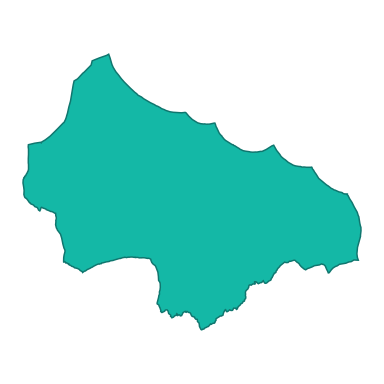 the district of Medina Yoroufoula, Kolda, Senegal
{"feature_id": "50182788B71056203552440", "entity_name": "Medina Yoroufoula", "entity_type": "district", "adm_level": 2, "iso_a3": "SEN", "parent_name": "Senegal", "parent_adm1": "Kolda", "projection": "natural_earth1", "projection_center": [-14.81, 13.235], "detail": "fine", "context": "isolated", "style": "filled", "palette": "teal", "viewbox_px": 384, "rotation_deg": 0, "n_neighbors": 0, "source": "geoboundaries", "source_scale": "gbopen_adm2", "svg_char_len": 5957}
<svg xmlns="http://www.w3.org/2000/svg" viewBox="0 0 384 384"><path d="M63.7,262.6L64.2,261.5L64.9,261.6L65.9,263.0L66.4,262.7L66.9,262.9L67.3,263.5L68.5,263.7L68.6,264.3L69.1,264.2L69.4,265.0L70.7,265.4L71.4,266.1L72.2,266.5L73.4,266.7L74.4,267.7L75.2,268.0L75.8,268.0L77.5,268.5L79.1,269.3L80.3,270.6L82.2,271.6L82.6,272.5L84.5,271.1L85.4,271.0L87.2,269.6L90.1,268.3L90.7,267.8L92.0,267.3L93.7,266.2L97.0,264.5L99.0,263.9L99.5,264.1L100.6,263.6L101.2,263.7L102.0,262.8L102.7,262.9L106.2,261.9L109.1,261.5L110.4,260.8L112.9,260.5L114.6,259.9L119.4,258.5L120.2,258.5L122.9,257.6L124.2,257.5L124.7,257.2L126.6,257.6L128.2,257.1L129.0,257.3L129.7,257.1L132.1,257.0L134.4,257.4L135.0,257.1L135.8,257.6L136.2,257.4L137.9,257.4L138.7,257.7L140.0,257.9L141.2,257.7L141.8,257.9L142.5,257.7L144.6,257.8L147.5,258.4L148.8,258.3L150.2,258.9L150.8,259.3L150.9,260.2L151.8,262.5L153.1,264.1L155.2,265.6L156.0,267.2L157.9,272.2L158.4,276.4L158.6,280.4L159.8,282.2L160.2,283.6L160.3,287.4L160.0,290.0L159.4,291.9L159.5,294.2L158.9,295.4L158.5,297.7L157.1,303.1L157.2,303.9L158.6,304.8L158.9,305.2L159.2,306.3L160.0,307.9L160.9,310.7L160.7,311.4L161.6,312.4L162.0,312.5L164.7,311.2L164.9,310.5L165.6,310.0L166.9,309.8L168.0,310.9L168.7,313.6L170.5,314.9L170.7,315.2L170.6,316.4L171.0,316.5L171.9,317.8L173.5,317.1L174.8,315.7L176.0,315.5L176.5,315.2L176.5,314.1L176.8,313.7L177.2,314.1L177.8,315.5L178.5,315.0L179.2,314.8L179.8,315.1L180.1,315.7L180.5,315.9L181.6,315.6L183.1,312.6L184.7,311.6L185.3,311.4L185.8,312.2L186.2,312.3L186.6,311.7L187.0,311.4L188.4,312.4L189.9,312.7L190.5,313.3L191.5,315.6L192.1,316.3L194.6,317.2L195.0,318.4L195.8,319.2L197.3,319.4L197.5,321.5L199.1,323.2L199.5,326.6L201.0,329.5L201.4,329.8L202.1,329.7L202.7,329.1L203.8,329.1L205.1,327.8L206.6,327.3L207.5,326.6L208.4,326.5L210.5,324.0L210.8,324.3L211.3,324.3L212.6,323.4L214.5,323.1L214.6,322.4L215.0,322.3L215.3,321.2L216.0,320.4L215.9,319.0L217.4,317.8L219.0,316.9L219.8,316.2L221.2,315.9L221.6,316.0L222.0,315.6L222.9,315.3L223.7,312.3L224.2,311.6L224.8,310.2L225.6,309.7L226.5,311.6L227.1,311.7L228.1,311.2L229.7,309.8L231.0,310.5L232.3,310.4L232.8,310.0L233.6,308.2L235.9,308.2L235.9,308.7L236.5,309.4L237.4,308.8L237.6,307.4L238.2,307.0L238.5,306.4L239.9,305.3L240.4,304.7L240.8,303.9L242.3,303.1L243.3,301.4L244.4,301.1L244.6,300.4L244.6,299.4L245.5,298.8L245.7,298.2L245.8,296.9L245.4,295.8L245.6,294.2L245.4,292.5L245.7,291.2L246.7,289.9L247.6,289.3L248.7,287.2L248.9,285.7L249.2,285.2L250.1,284.8L251.1,285.2L253.0,283.9L254.5,284.1L255.1,283.9L255.2,283.3L254.5,282.4L254.5,282.0L254.7,281.7L255.0,281.7L256.1,281.8L256.3,282.1L256.9,282.4L256.9,282.6L258.3,283.7L260.3,282.7L261.4,282.6L262.2,282.0L262.5,281.3L263.3,280.8L263.4,281.4L264.1,282.1L264.6,283.0L265.4,283.3L266.6,283.0L268.9,281.0L270.7,280.2L271.1,279.5L271.3,278.4L272.2,277.6L272.4,276.8L272.7,276.4L273.4,274.8L274.2,273.7L274.3,273.1L275.3,272.9L275.9,272.4L275.9,271.8L276.3,270.8L277.1,270.0L277.3,269.3L277.9,268.4L279.7,266.6L280.1,265.8L284.7,262.1L285.3,262.4L286.4,262.6L288.0,262.5L289.5,261.2L290.6,261.3L293.7,260.3L294.8,260.2L297.2,262.4L297.6,262.4L298.2,263.0L299.1,263.6L299.5,264.6L301.3,266.7L304.2,269.1L305.7,269.8L307.8,268.4L309.0,268.1L312.1,266.9L314.4,265.7L319.5,264.9L321.6,263.9L322.7,264.4L323.4,264.4L324.7,265.4L325.3,266.1L326.7,269.5L327.4,270.7L328.3,272.9L329.2,272.7L331.4,269.7L333.3,267.8L335.6,266.4L337.3,265.8L339.4,264.3L345.9,263.2L348.7,262.0L351.3,261.6L353.9,260.0L358.3,260.2L357.4,257.5L356.9,253.8L357.5,247.3L360.5,236.4L360.5,235.1L361.0,230.8L360.9,227.2L360.5,226.3L359.8,223.2L358.8,216.7L358.2,215.5L357.2,212.2L354.2,206.9L352.0,202.4L349.7,198.9L347.9,195.3L347.2,194.7L347.3,194.0L344.3,193.9L342.8,193.3L342.6,193.0L341.9,192.5L339.0,191.9L335.0,190.1L334.2,190.0L332.7,189.0L331.3,188.4L328.3,186.0L326.5,184.9L318.7,178.4L316.2,174.3L314.6,172.1L313.5,170.1L312.5,169.0L311.9,167.3L311.4,167.1L310.7,167.3L306.6,167.3L304.2,167.0L302.1,167.1L300.4,166.5L299.2,166.5L295.5,165.9L293.3,165.2L288.3,162.4L285.3,159.8L283.5,158.6L281.1,156.5L279.8,154.4L276.6,150.4L273.7,145.2L271.9,145.9L266.2,149.5L262.1,151.4L260.4,151.4L256.8,152.1L255.9,152.0L252.8,152.2L250.4,152.0L249.4,151.7L245.7,151.2L243.2,150.7L240.0,149.2L239.2,148.5L236.8,147.1L234.7,145.7L233.6,145.4L233.1,144.7L232.2,144.6L230.9,143.8L225.5,140.4L224.0,139.0L222.0,136.5L221.7,135.8L221.4,135.7L219.7,133.8L219.0,132.7L216.8,127.9L215.9,126.3L215.7,125.2L214.9,123.1L214.1,123.1L209.6,124.1L206.2,124.2L204.8,123.9L203.5,124.0L200.8,123.7L197.6,122.8L192.3,119.5L188.7,116.1L186.1,112.9L185.2,112.4L181.5,112.8L173.4,112.3L170.1,111.8L165.7,110.4L164.5,109.7L161.5,108.6L160.5,107.8L157.6,106.2L156.4,105.9L154.4,104.6L150.4,102.7L143.6,98.7L141.5,97.0L138.0,95.2L136.7,93.7L134.9,92.4L130.3,88.1L124.4,82.2L121.3,78.7L118.6,75.1L115.8,71.7L113.2,67.4L111.9,64.4L110.1,58.1L108.7,54.2L106.6,55.4L99.4,57.9L92.2,60.8L91.1,65.1L84.0,72.3L82.8,73.2L78.3,78.1L77.4,79.0L74.1,80.9L73.2,84.9L70.5,101.1L68.8,107.2L67.5,113.2L66.7,115.7L66.3,117.3L65.5,119.5L64.0,122.5L63.2,123.0L57.6,128.8L50.2,136.1L45.4,139.8L41.2,142.3L41.1,142.7L40.7,142.3L34.7,143.2L28.4,144.7L28.2,146.8L28.5,149.3L28.5,154.5L28.3,158.6L28.3,162.9L28.5,164.5L28.5,169.3L28.0,171.2L27.3,172.4L27.0,173.3L26.3,174.2L25.6,175.8L24.7,176.3L24.5,177.3L23.9,177.6L24.0,178.3L23.5,178.9L23.2,179.7L23.0,183.0L23.8,187.8L24.1,190.5L23.9,194.5L24.1,195.3L24.6,196.9L25.1,197.7L26.5,198.6L28.2,200.7L28.6,201.5L29.5,202.6L30.0,202.7L30.2,203.3L30.9,203.9L33.5,205.0L34.8,206.6L37.2,207.5L38.1,208.9L38.5,210.0L39.8,210.9L40.4,209.8L40.8,208.3L41.2,207.5L41.7,207.3L42.9,208.0L45.9,209.0L46.2,209.6L49.4,210.8L50.4,211.4L52.3,211.7L55.0,213.3L55.6,213.3L55.8,216.0L56.2,216.7L56.3,218.7L55.8,220.5L55.9,221.9L55.6,224.7L56.4,228.0L57.0,228.9L57.3,229.9L60.5,234.2L61.7,238.1L62.9,244.1L64.0,248.1L64.9,250.0L65.0,251.6L64.1,255.0L63.7,257.6L63.6,261.3L63.7,262.6Z" fill="#14b8a6" stroke="#0f766e" stroke-width="1.5"/></svg>